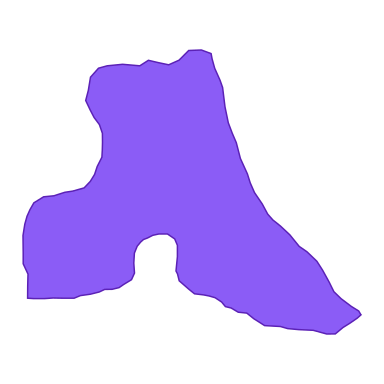 Siazan District, Siyəzən, Azerbaijan (Equal Earth projection)
{"feature_id": "54616110B9592293002412", "entity_name": "Siazan District", "entity_type": "district", "adm_level": 2, "iso_a3": "AZE", "parent_name": "Azerbaijan", "parent_adm1": "Siyəzən", "projection": "equal_earth", "projection_center": [49.096, 41.028], "detail": "fine", "context": "isolated", "style": "filled", "palette": "violet", "viewbox_px": 384, "rotation_deg": 0, "n_neighbors": 0, "source": "geoboundaries", "source_scale": "gbopen_adm2", "svg_char_len": 1509}
<svg xmlns="http://www.w3.org/2000/svg" viewBox="0 0 384 384"><path d="M27.6,298.2L33.7,298.6L44.3,298.6L53.1,298.0L63.1,298.2L74.1,298.2L80.4,295.6L90.4,294.2L99.2,292.0L104.7,289.4L112.1,289.3L119.1,287.6L123.6,284.5L131.5,279.7L134.5,273.1L133.8,263.1L134.4,253.1L137.2,246.2L140.7,242.0L143.5,239.5L147.5,238.0L152.8,235.3L158.8,234.0L167.5,234.0L174.7,238.9L177.4,245.3L177.4,256.7L176.0,271.0L177.5,273.9L179.2,280.8L188.7,289.1L194.5,293.8L203.6,294.9L209.2,296.0L215.1,297.7L221.6,302.0L225.4,306.6L231.1,308.0L238.2,312.2L246.8,313.1L253.9,318.8L260.4,322.9L264.6,325.6L280.4,326.5L287.7,328.6L298.5,329.6L313.2,330.3L326.7,334.0L335.3,333.9L343.0,327.5L349.9,323.2L357.3,318.1L361.0,314.8L360.8,314.6L358.7,311.0L351.3,306.4L341.1,298.7L333.9,291.7L329.2,282.2L322.6,270.2L316.9,261.3L307.1,251.9L299.2,246.4L289.8,234.8L280.4,226.0L272.9,220.0L267.7,214.1L262.2,203.9L254.5,192.6L250.2,182.8L247.4,173.9L240.4,158.5L236.3,142.7L232.2,133.1L228.3,122.8L225.0,106.9L222.6,87.5L220.1,80.4L214.7,68.3L212.1,58.9L211.1,53.6L201.4,50.0L188.7,50.5L179.0,60.2L168.7,64.8L158.2,62.6L148.4,60.3L139.8,65.8L122.6,64.3L107.2,65.8L98.5,68.2L90.5,77.2L88.3,90.5L85.7,100.5L90.2,110.0L94.1,117.5L99.4,124.6L102.4,133.3L102.5,142.4L102.3,150.2L101.9,157.2L97.2,166.5L94.6,174.4L90.3,181.4L84.1,187.9L72.7,191.1L64.8,192.3L53.8,195.8L43.6,196.8L33.9,202.8L30.0,209.6L27.0,216.3L24.8,224.2L23.0,235.5L23.2,252.8L23.2,263.8L28.0,274.1L27.7,286.1L27.6,298.2Z" fill="#8b5cf6" stroke="#5b21b6" stroke-width="1.5"/></svg>